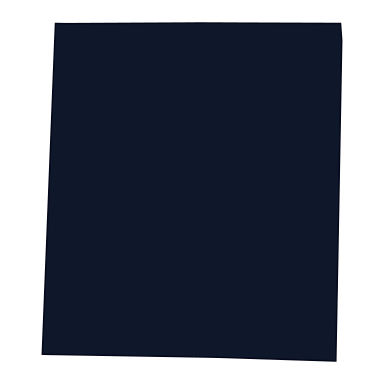 outline of Person, North Carolina, United States of America
{"feature_id": "52423323B78779547574002", "entity_name": "Person", "entity_type": "district", "adm_level": 2, "iso_a3": "USA", "parent_name": "United States of America", "parent_adm1": "North Carolina", "projection": "equal_earth", "projection_center": [-78.996, 36.389], "detail": "fine", "context": "isolated", "style": "filled", "palette": "ink", "viewbox_px": 384, "rotation_deg": 0, "n_neighbors": 0, "source": "geoboundaries", "source_scale": "gbopen_adm2", "svg_char_len": 374}
<svg xmlns="http://www.w3.org/2000/svg" viewBox="0 0 384 384"><path d="M212.0,357.1L216.0,357.2L335.8,361.0L341.7,40.4L340.5,23.5L242.0,23.2L241.3,23.2L219.1,23.1L218.9,23.1L195.3,23.0L194.3,23.1L188.1,23.1L66.9,23.7L65.7,23.7L55.9,23.5L55.5,23.5L42.3,354.2L45.9,354.3L49.7,354.4L58.4,354.5L63.7,354.6L212.0,357.1Z" fill="#0f172a" stroke="#020617" stroke-width="1.5"/></svg>